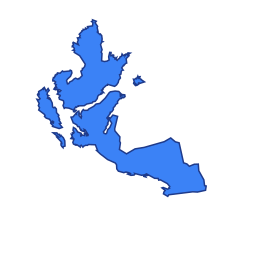 Vågsøy nor, Sogn og Fjordane, Norway, rotated 42°
{"feature_id": "86288312B93640020116268", "entity_name": "Vågsøy nor", "entity_type": "district", "adm_level": 2, "iso_a3": "NOR", "parent_name": "Norway", "parent_adm1": "Sogn og Fjordane", "projection": "mercator", "projection_center": [5.158, 61.959], "detail": "fine", "context": "isolated", "style": "filled", "palette": "blue", "viewbox_px": 256, "rotation_deg": 42, "n_neighbors": 0, "source": "geoboundaries", "source_scale": "gbopen_adm2", "svg_char_len": 5704}
<svg xmlns="http://www.w3.org/2000/svg" viewBox="0 0 256 256"><g transform="rotate(42 128 128)"><path d="M108.1,128.5L108.3,132.6L107.0,132.8L107.0,133.6L112.7,135.3L114.2,139.9L114.1,142.9L115.6,146.0L115.5,147.2L113.7,148.0L112.3,147.3L111.9,142.6L110.9,142.2L110.5,138.3L109.5,138.1L109.2,136.2L108.1,135.2L105.6,134.7L105.2,130.4L104.6,128.8L105.0,129.0L104.7,127.7L105.1,126.7L104.8,124.1L103.6,122.9L103.6,120.0L103.1,118.9L103.7,116.5L102.5,115.5L102.2,112.0L103.4,110.5L103.3,109.4L104.6,108.3L104.6,107.1L103.7,106.5L104.4,106.3L103.4,105.5L101.1,107.1L101.5,107.6L100.7,107.4L101.9,110.3L99.3,107.8L100.3,107.3L96.7,107.0L93.7,109.2L90.7,112.9L90.4,114.3L91.1,121.1L90.6,128.6L88.2,131.6L88.0,134.9L86.1,140.2L86.2,141.8L83.7,144.2L82.4,144.2L82.6,146.7L83.7,149.4L85.7,150.4L86.5,151.9L83.3,151.6L82.4,150.2L82.1,151.2L81.8,149.6L80.1,148.4L79.4,151.2L80.3,152.1L79.6,152.1L79.7,156.5L78.4,158.1L84.4,161.1L83.9,160.8L87.8,159.9L89.6,160.6L90.8,159.7L94.3,161.3L94.6,161.0L93.6,160.3L95.4,161.1L98.5,159.7L97.1,159.6L97.1,158.6L96.5,158.4L97.4,158.1L103.0,159.7L103.3,160.4L102.4,161.5L101.6,159.9L99.4,160.3L99.4,161.4L100.4,161.5L100.7,162.8L98.9,163.7L98.4,165.5L97.5,164.9L98.0,164.0L96.7,163.3L93.3,164.6L89.5,163.6L87.1,164.1L88.6,166.5L90.7,167.2L90.0,168.6L90.9,168.6L90.5,169.3L90.9,170.0L90.0,170.6L93.7,172.2L92.4,172.7L92.6,174.1L95.3,172.4L96.6,175.6L98.2,176.4L100.9,175.6L101.3,175.0L100.9,174.9L101.5,174.6L105.1,174.1L104.5,173.5L104.7,172.1L107.3,172.4L107.2,171.2L108.1,169.2L109.5,168.0L109.7,166.7L115.0,162.3L120.3,165.0L119.7,165.7L125.0,165.8L133.9,165.1L142.0,162.5L144.1,163.0L147.0,165.9L149.7,166.5L154.8,164.0L155.9,162.1L158.6,160.6L161.1,160.0L159.0,161.1L158.5,162.5L161.9,161.2L164.0,158.9L164.0,157.5L163.4,157.3L169.8,154.0L171.5,151.9L172.3,152.7L171.5,153.7L173.8,152.6L172.7,152.4L174.1,150.4L171.8,151.4L172.4,149.7L181.4,147.6L184.2,145.3L185.7,146.2L186.7,144.9L194.3,143.0L198.2,143.5L198.4,145.0L199.1,145.0L198.4,146.9L193.9,148.7L193.3,149.8L197.4,149.5L197.5,151.5L198.4,153.2L203.3,152.2L203.0,150.3L218.8,132.1L222.5,129.1L227.3,122.4L224.9,118.8L223.5,119.6L219.1,115.8L209.2,112.4L204.4,107.8L201.5,110.6L199.2,115.4L195.8,115.3L192.6,116.7L175.9,104.8L172.4,106.6L166.4,106.8L164.1,113.9L153.0,131.6L147.2,138.8L144.2,148.2L136.0,149.7L132.3,144.1L130.6,143.4L127.9,140.0L120.2,138.9L118.7,137.6L112.5,126.3L108.1,128.5ZM33.0,69.9L29.4,71.3L30.0,71.7L29.7,73.3L31.3,73.0L33.3,75.9L30.1,79.7L31.3,80.1L30.6,81.9L29.8,82.1L30.6,82.7L29.0,84.4L29.6,84.4L28.7,86.5L29.1,86.7L29.0,91.0L30.7,91.3L31.1,93.0L31.8,93.0L30.1,94.9L32.3,96.0L32.9,98.1L35.5,99.3L30.0,100.9L30.1,101.7L31.9,102.7L31.6,104.0L32.2,105.0L33.2,104.3L35.0,104.9L35.5,105.7L35.1,107.0L36.5,106.2L37.4,107.8L43.7,106.6L53.5,109.2L54.7,111.4L54.8,114.1L54.3,114.3L55.3,115.7L54.9,117.3L58.9,119.7L58.7,124.2L58.1,124.4L58.1,125.3L55.7,126.0L55.1,127.5L54.9,130.4L53.9,132.7L54.2,134.8L53.5,135.7L50.6,133.9L50.3,132.0L50.7,128.1L49.5,124.6L47.7,123.3L46.3,123.7L46.5,124.7L42.3,129.3L41.1,129.5L40.9,132.7L38.8,134.2L39.2,134.6L38.8,136.0L39.2,136.0L38.8,136.7L39.1,137.7L38.7,137.7L39.6,139.9L38.8,140.4L40.0,142.8L40.9,143.3L41.5,142.4L43.4,142.2L43.7,144.2L45.7,143.8L45.7,144.8L48.0,145.7L47.5,146.8L46.6,146.4L46.9,148.7L48.6,148.1L49.9,146.2L50.7,146.7L51.2,145.5L53.1,145.1L53.1,146.8L51.1,147.6L52.8,149.0L52.6,150.2L55.8,149.1L56.2,149.8L56.1,151.4L57.8,152.5L61.7,150.9L63.7,152.4L64.7,154.8L67.5,156.1L67.8,154.9L70.8,152.8L75.6,151.1L76.6,152.3L77.5,151.8L77.7,149.6L75.4,150.8L75.1,147.3L75.9,147.2L76.1,145.3L76.7,145.0L76.4,144.6L80.5,140.8L81.3,137.8L84.6,133.3L84.4,132.1L85.8,130.0L85.5,126.8L84.3,124.7L84.2,123.1L85.5,120.5L84.8,120.3L85.5,119.4L85.0,118.9L86.2,118.0L83.4,117.7L83.8,117.3L83.2,117.1L83.5,115.6L82.9,115.4L83.4,110.7L84.1,110.0L83.7,109.2L90.2,106.0L90.7,103.7L90.3,100.8L89.1,98.6L88.9,95.9L86.0,94.0L86.7,92.7L85.0,90.3L85.1,88.6L85.6,88.2L83.1,87.5L82.7,84.4L83.1,84.4L83.0,81.7L83.6,80.6L80.2,77.7L80.4,73.7L79.2,74.0L79.4,73.1L78.9,73.1L79.5,70.9L77.7,72.2L77.7,74.2L77.1,74.4L77.4,76.1L76.7,75.3L76.0,77.4L74.1,77.0L75.2,79.2L74.5,80.3L75.1,82.1L74.6,83.3L74.7,85.0L73.0,85.0L72.4,83.4L72.0,85.3L70.8,84.3L69.8,85.2L68.9,84.7L68.7,83.5L67.9,83.7L68.3,84.3L66.9,85.8L64.9,83.2L63.8,84.0L66.0,88.1L68.4,90.0L67.7,92.3L65.9,94.5L63.4,95.7L58.8,90.0L57.3,89.6L56.4,87.2L51.8,84.4L51.0,81.8L51.6,80.6L50.3,80.9L49.3,79.2L46.6,76.9L44.5,76.7L44.5,75.9L44.5,77.3L41.0,77.3L40.6,76.4L41.0,76.2L38.0,74.1L37.4,72.8L33.1,71.8L33.0,69.9ZM44.3,152.8L42.2,152.1L42.4,155.3L38.6,153.8L38.4,155.1L39.2,154.8L39.3,155.9L38.6,155.9L37.2,160.7L39.3,162.5L38.2,162.7L38.5,163.9L43.1,165.1L42.9,166.5L41.1,167.6L45.5,169.2L46.4,171.4L48.7,172.1L49.6,174.4L56.4,173.8L57.9,174.1L58.2,175.3L60.6,175.4L63.9,174.0L67.0,174.9L67.4,173.3L68.6,173.2L69.3,174.3L67.5,175.0L68.1,175.8L66.9,175.4L67.3,176.2L70.8,176.5L70.9,177.3L77.2,174.5L78.8,171.5L74.2,170.8L75.0,169.3L71.4,168.2L71.4,167.4L68.3,165.9L68.1,164.8L64.6,164.4L62.0,161.8L59.7,161.5L59.4,162.6L57.9,162.8L54.9,160.1L50.3,158.2L49.5,158.2L50.4,159.2L48.1,159.7L48.1,158.9L46.4,157.5L46.8,157.1L45.5,157.3L44.4,155.7L44.3,152.8ZM81.3,178.6L80.5,179.5L78.4,179.2L75.6,181.7L82.2,181.3L81.2,182.4L87.9,183.0L89.1,183.8L88.5,184.2L89.6,185.5L91.1,186.0L92.9,186.1L92.3,185.3L93.3,183.6L89.6,179.8L86.5,178.5L83.5,178.4L83.4,179.2L82.9,178.4L82.1,179.3L81.3,178.6ZM103.3,83.5L102.6,81.8L101.8,82.7L102.1,83.7L100.6,82.9L101.5,85.6L100.7,85.6L100.3,87.5L99.4,88.1L102.5,89.9L101.9,90.3L102.3,91.1L105.2,91.5L105.7,90.8L104.4,90.0L106.2,89.9L106.6,88.3L105.7,87.8L105.9,87.0L106.9,87.0L109.4,82.7L105.6,83.2L105.8,83.8L105.3,83.0L103.3,83.5Z" fill="#3b82f6" stroke="#1e3a8a" stroke-width="1.5"/></g></svg>